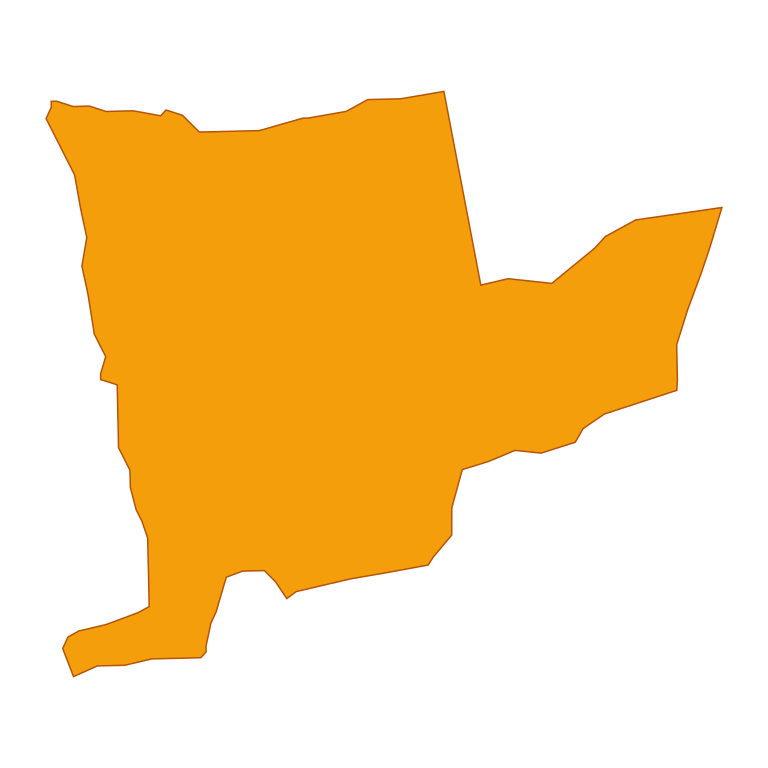 Kesm Mallawi, Al Minya, Egypt
{"feature_id": "37247803B87955288089668", "entity_name": "Kesm Mallawi", "entity_type": "district", "adm_level": 2, "iso_a3": "EGY", "parent_name": "Egypt", "parent_adm1": "Al Minya", "projection": "robinson", "projection_center": [30.827, 27.729], "detail": "fine", "context": "isolated", "style": "filled", "palette": "amber", "viewbox_px": 768, "rotation_deg": 0, "n_neighbors": 0, "source": "geoboundaries", "source_scale": "gbopen_adm2", "svg_char_len": 1394}
<svg xmlns="http://www.w3.org/2000/svg" viewBox="0 0 768 768"><path d="M721.9,207.5L635.7,219.9L605.4,236.5L594.7,248.2L573.2,265.8L551.8,283.4L508.0,278.7L480.8,285.1L443.9,91.4L400.5,98.8L367.8,99.6L367.0,100.0L366.2,100.4L357.0,105.5L346.2,111.4L308.1,118.1L302.7,118.2L280.9,124.4L259.3,130.6L242.9,131.0L215.6,131.7L199.2,132.0L182.5,115.3L166.0,110.0L160.7,115.8L133.3,110.8L106.0,111.5L89.5,106.1L73.1,106.5L56.6,101.2L51.2,101.3L51.3,107.1L46.1,118.6L51.8,129.8L63.2,152.4L74.6,174.9L80.7,209.0L86.8,237.4L81.9,266.0L88.0,294.3L94.3,334.1L105.7,356.6L100.6,373.9L100.7,379.6L115.3,384.2L116.2,384.6L117.2,384.9L117.8,413.4L118.1,424.8L118.5,447.6L129.9,470.1L130.1,475.8L130.3,487.2L136.2,509.9L141.9,521.1L147.7,538.1L148.2,560.9L148.6,578.0L149.2,606.5L138.4,612.5L122.1,618.6L105.9,624.6L78.7,631.0L68.0,637.0L62.7,648.5L73.5,676.6L97.3,665.9L124.6,665.3L151.7,658.9L173.5,658.4L189.9,658.0L200.8,657.7L206.1,651.9L206.0,646.2L210.9,623.2L216.2,611.7L221.2,594.4L226.3,577.2L227.3,576.9L228.2,576.5L242.6,571.1L264.4,570.6L275.5,581.7L286.8,598.6L296.2,591.6L323.4,585.2L350.5,578.9L388.6,572.3L428.2,565.0L433.3,557.0L451.7,535.1L451.8,507.8L462.3,469.6L488.6,461.4L507.6,453.5L514.9,450.4L541.2,453.1L575.3,442.2L583.2,428.5L604.4,414.0L676.8,390.3L677.4,380.7L676.7,344.6L687.7,309.6L701.2,273.2L709.8,247.7L721.9,207.5Z" fill="#f59e0b" stroke="#b45309" stroke-width="1.5"/></svg>